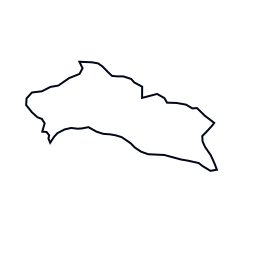 the district of Gerani, Cyprus, rotated 139°
{"feature_id": "46923920B71486587223903", "entity_name": "Gerani", "entity_type": "district", "adm_level": 2, "iso_a3": "CYP", "parent_name": "Cyprus", "parent_adm1": "", "projection": "orthographic", "projection_center": [33.922, 35.367], "detail": "fine", "context": "isolated", "style": "outline", "palette": "ink", "viewbox_px": 256, "rotation_deg": 139, "n_neighbors": 0, "source": "geoboundaries", "source_scale": "gbopen_adm2", "svg_char_len": 1027}
<svg xmlns="http://www.w3.org/2000/svg" viewBox="0 0 256 256"><g transform="rotate(139 128 128)"><path d="M59.6,75.3L62.0,87.1L62.4,92.2L62.9,97.8L66.6,100.6L68.9,107.6L74.9,115.0L81.9,121.5L80.9,126.7L83.7,134.6L93.0,139.2L97.6,141.5L90.2,149.9L93.4,158.3L93.4,162.9L97.6,169.9L101.8,173.6L105.9,177.8L106.4,182.9L106.9,191.3L108.2,196.4L112.0,201.1L121.2,209.9L123.1,202.9L129.1,200.6L139.7,204.3L152.7,205.7L159.6,209.9L168.9,212.2L177.2,217.8L185.1,216.9L189.8,212.2L190.2,202.9L189.3,195.5L187.0,191.3L187.9,186.2L195.1,181.5L192.1,178.4L192.3,174.2L194.9,172.3L196.4,167.9L194.4,168.5L189.3,169.9L184.6,170.4L176.8,168.5L170.8,165.3L166.6,160.6L162.9,157.8L157.3,154.6L154.1,145.7L150.4,139.7L145.7,135.0L142.0,130.4L138.8,125.3L137.4,120.2L136.0,114.6L135.6,108.5L133.7,101.6L130.0,95.0L118.4,83.9L111.5,73.7L108.7,69.5L104.1,63.9L97.6,55.1L96.7,50.4L93.9,41.6L88.3,38.2L86.5,43.0L84.7,48.6L83.3,53.7L82.3,63.0L80.5,69.0L77.2,73.2L70.8,73.7L62.9,74.6L59.6,75.3Z" fill="none" stroke="#020617" stroke-width="2"/></g></svg>